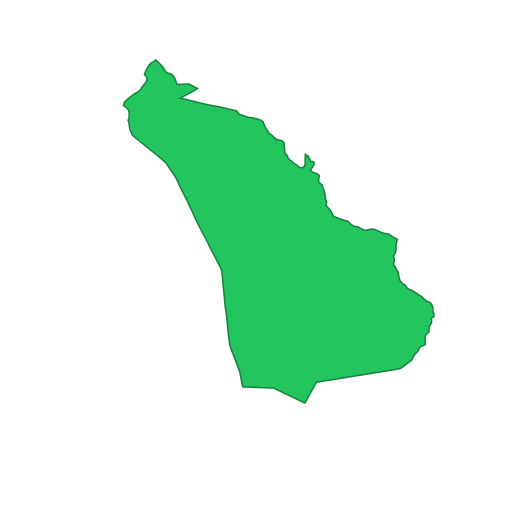 Santa Inês, Maranhão, Brazil, rotated 300°
{"feature_id": "56859067B15720023734986", "entity_name": "Santa Inês", "entity_type": "district", "adm_level": 2, "iso_a3": "BRA", "parent_name": "Brazil", "parent_adm1": "Maranhão", "projection": "mercator", "projection_center": [-45.394, -3.853], "detail": "fine", "context": "isolated", "style": "filled", "palette": "green", "viewbox_px": 512, "rotation_deg": 300, "n_neighbors": 0, "source": "geoboundaries", "source_scale": "gbopen_adm2", "svg_char_len": 2501}
<svg xmlns="http://www.w3.org/2000/svg" viewBox="0 0 512 512"><g transform="rotate(300 256 256)"><path d="M286.2,441.4L290.0,439.0L292.6,440.4L294.8,439.2L296.3,436.9L299.1,435.6L301.1,433.4L302.8,430.3L302.2,426.6L302.6,423.8L303.6,420.2L304.0,413.5L304.3,408.8L303.7,405.9L303.9,402.7L305.4,399.8L305.4,396.9L306.5,393.2L309.4,390.2L312.9,387.2L315.0,383.7L316.5,381.7L317.2,379.3L321.7,377.9L325.4,374.8L328.5,375.1L331.4,374.1L334.7,372.3L338.2,370.8L341.1,370.1L340.9,365.1L341.2,362.6L341.3,359.9L340.1,356.8L339.1,353.4L338.8,349.3L338.2,345.0L336.7,341.8L334.8,340.0L332.8,337.7L332.2,334.3L332.3,329.3L330.7,326.2L330.9,322.2L332.0,317.9L331.0,314.4L330.4,310.9L329.6,307.0L329.1,303.4L331.3,300.1L332.8,297.4L334.8,291.3L337.9,290.3L341.0,286.8L343.8,285.1L346.8,282.2L348.3,279.9L350.4,278.1L351.5,273.0L354.7,271.6L357.1,271.0L357.9,267.9L357.0,264.2L357.0,260.4L361.2,260.5L364.5,260.5L366.6,258.8L365.2,256.1L368.5,251.5L368.7,247.9L363.3,250.8L359.9,252.7L357.0,253.0L355.0,251.4L354.4,248.8L355.2,245.6L355.1,243.2L355.7,240.6L356.4,235.5L358.6,232.8L359.2,230.0L363.0,227.3L365.6,225.1L368.1,223.8L368.8,220.7L367.3,215.9L367.6,212.8L368.4,209.8L368.7,206.6L370.4,203.1L372.8,198.6L375.9,195.0L376.0,192.1L375.5,189.3L374.5,186.1L374.0,183.6L372.4,180.7L371.0,173.6L370.4,170.8L371.9,166.4L367.2,150.7L363.4,140.1L362.6,137.8L354.9,111.4L366.9,119.0L371.8,121.6L371.4,111.8L365.1,101.9L368.9,97.3L370.8,94.0L371.2,91.4L370.0,86.7L372.0,82.9L373.4,80.2L375.7,71.2L372.8,69.9L370.4,68.4L367.2,68.1L364.5,67.8L360.7,68.0L357.4,68.6L356.4,72.0L353.2,73.9L350.4,73.6L345.3,72.8L340.9,72.7L334.2,68.9L328.1,66.5L323.5,65.2L319.9,66.1L319.9,68.9L319.2,71.5L317.3,74.2L314.5,75.7L312.0,77.1L309.5,77.4L307.9,79.3L305.0,81.5L302.5,83.5L301.0,85.9L298.9,88.2L297.9,93.5L293.2,123.6L291.7,131.1L289.7,135.2L288.2,138.2L285.1,144.8L282.9,148.7L280.2,152.6L277.6,156.2L272.7,163.6L270.5,167.3L265.4,174.2L262.7,178.6L258.8,183.6L252.5,193.1L248.9,198.8L245.0,205.2L241.2,210.7L233.7,222.4L230.2,227.9L228.3,231.0L225.5,234.2L195.7,255.4L193.0,257.7L190.4,259.6L187.7,261.7L175.2,270.6L165.3,278.2L147.8,299.6L141.4,305.2L136.0,310.0L150.4,337.3L153.1,371.9L167.5,371.6L177.0,371.5L178.8,373.9L181.6,377.1L183.3,379.3L189.8,387.4L191.6,389.5L225.1,430.6L230.6,437.3L241.8,442.1L244.4,443.0L247.2,442.5L250.8,442.8L254.0,443.8L259.0,443.6L264.2,446.8L267.4,444.9L270.2,442.8L273.2,442.6L276.6,443.7L279.6,442.4L282.2,441.2L286.2,441.4Z" fill="#22c55e" stroke="#15803d" stroke-width="1.5"/></g></svg>